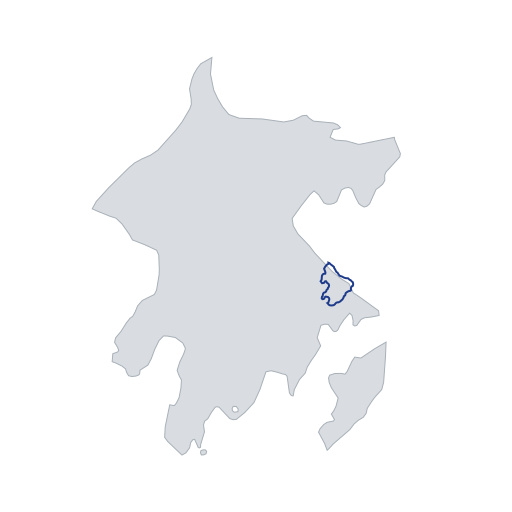 location of Jabrayil District, Cəbrayıl, Azerbaijan, rotated 261°
{"feature_id": "54616110B25171122868047", "entity_name": "Jabrayil District", "entity_type": "district", "adm_level": 2, "iso_a3": "AZE", "parent_name": "Azerbaijan", "parent_adm1": "Cəbrayıl", "projection": "natural_earth1", "projection_center": [46.975, 39.317], "detail": "fine", "context": "in_parent", "style": "outline", "palette": "blue", "viewbox_px": 512, "rotation_deg": 261, "n_neighbors": 0, "source": "geoboundaries", "source_scale": "gbopen_adm2", "svg_char_len": 4836}
<svg xmlns="http://www.w3.org/2000/svg" viewBox="0 0 512 512"><g transform="rotate(261 256 256)"><path d="M351.6,411.2L349.5,411.1L334.6,414.6L331.4,413.5L318.6,397.5L315.9,395.8L310.4,395.0L307.2,392.4L304.5,388.1L303.0,385.0L289.7,376.3L287.8,373.2L287.5,370.4L289.4,367.9L291.6,365.8L298.1,363.6L305.6,361.8L308.0,360.4L309.2,358.1L309.2,354.5L307.9,350.8L297.1,344.2L295.9,341.4L295.5,337.9L296.1,334.3L297.8,331.4L306.6,327.5L311.3,323.5L308.3,319.1L298.8,308.8L287.5,297.6L279.9,297.5L271.3,300.8L257.4,310.4L249.7,314.5L239.7,321.3L228.8,328.8L219.9,336.8L214.3,343.4L204.4,346.3L199.3,351.9L182.7,368.5L178.0,368.3L177.7,360.1L178.0,353.5L176.9,349.8L171.6,344.6L171.5,342.4L172.9,341.0L177.1,341.8L182.4,341.5L184.9,339.5L179.2,332.7L174.2,328.1L169.9,325.1L169.0,323.2L169.0,321.9L169.9,320.4L177.2,316.6L177.9,313.2L177.4,309.3L165.8,303.7L157.1,305.8L149.4,299.4L144.4,294.5L138.2,289.2L132.6,286.3L127.3,279.7L118.0,272.9L112.1,270.9L112.2,269.9L113.3,268.6L115.8,267.6L132.3,267.9L134.3,266.6L135.4,263.7L137.6,259.4L140.3,253.0L140.1,247.7L123.5,239.0L111.5,231.0L103.3,220.6L97.7,211.0L97.9,207.7L99.5,204.7L112.4,195.9L113.3,193.6L113.0,192.0L108.5,187.5L102.7,182.8L100.9,179.4L97.3,177.7L90.4,177.6L78.4,171.8L75.8,171.3L75.3,170.1L75.9,169.0L84.5,166.7L84.4,164.8L81.8,162.2L76.9,160.4L72.5,155.9L71.0,151.7L86.6,139.8L91.2,137.4L101.4,139.6L122.5,147.5L121.0,151.9L123.2,154.4L128.0,157.8L137.3,161.2L145.2,163.0L149.2,161.5L155.3,160.2L163.2,164.1L170.4,169.1L174.0,171.1L176.0,171.8L181.5,170.1L188.1,163.6L190.8,155.9L191.5,152.1L187.6,147.0L179.7,141.4L170.8,136.4L165.1,132.1L161.4,123.6L157.8,122.6L156.8,121.5L156.2,118.6L156.4,114.5L157.7,111.4L161.3,110.0L164.9,109.5L168.2,106.5L172.3,100.7L174.1,97.4L181.9,99.3L182.9,104.5L184.3,105.6L187.5,105.0L192.8,102.8L197.1,104.5L202.6,110.8L210.1,117.4L214.2,121.8L215.8,124.9L219.7,127.9L225.4,131.4L229.9,136.8L233.9,149.6L238.0,152.5L252.7,157.4L257.8,158.4L272.2,160.1L277.2,158.8L284.6,147.8L291.2,136.5L297.4,134.2L308.6,128.7L315.3,123.6L318.1,118.0L324.4,107.5L328.2,101.6L334.9,106.8L346.4,121.1L363.0,144.2L367.0,150.8L369.7,158.4L372.1,167.6L375.9,175.7L392.7,196.3L399.9,203.9L411.8,213.7L416.0,215.9L421.4,216.5L431.5,216.5L440.8,220.4L445.4,223.1L450.2,227.0L454.5,231.5L459.0,243.5L442.8,239.5L426.5,240.2L417.4,242.8L408.5,246.3L400.0,251.3L394.7,261.0L390.4,283.5L384.0,304.5L384.3,314.2L387.3,323.6L387.0,328.0L384.0,329.9L380.2,333.9L375.3,353.2L372.9,357.1L369.6,359.5L368.7,357.2L368.9,352.1L361.7,347.7L358.0,352.7L355.5,363.3L350.3,374.5L350.1,376.7L351.6,411.2ZM110.4,213.0L111.1,210.0L109.1,208.6L107.0,208.5L105.1,210.0L105.1,213.8L107.6,214.5L110.4,213.0ZM56.5,300.7L54.1,297.6L53.0,295.9L60.2,294.4L72.2,290.2L75.4,292.3L78.9,296.5L80.6,300.1L80.9,306.8L82.3,307.9L88.1,305.7L90.7,308.4L95.2,311.6L102.9,314.9L114.2,309.8L119.7,308.5L124.3,308.6L126.8,310.2L127.6,315.4L126.7,321.9L125.4,325.4L127.7,328.0L136.9,334.2L140.7,337.7L138.8,343.6L145.6,358.2L147.9,364.0L150.6,371.0L136.6,368.2L111.3,362.3L104.4,359.3L97.8,351.1L93.9,347.2L88.2,342.1L83.4,340.2L79.9,336.7L77.8,331.5L74.9,326.8L69.7,321.3L58.1,302.6L56.5,300.7ZM72.4,175.7L70.8,176.7L68.5,175.7L67.8,173.4L68.0,170.9L70.3,170.4L72.3,171.1L72.8,173.2L72.4,175.7Z" fill="#d9dde1" stroke="#a8b0b8" stroke-width="1"/><path d="M198.3,319.2L197.9,319.5L197.1,319.9L196.5,320.3L195.9,321.0L195.6,321.7L195.3,323.0L195.3,323.7L195.3,324.9L195.6,325.8L196.2,326.6L196.8,327.2L197.2,327.9L197.4,328.5L197.5,329.3L197.3,330.2L197.6,331.1L198.1,332.4L198.8,333.2L199.4,334.4L200.5,335.4L201.5,336.1L202.5,336.5L202.8,337.2L202.9,337.3L203.2,337.9L204.4,338.4L205.3,338.8L205.8,339.6L206.3,340.6L206.6,341.4L206.9,342.7L206.9,343.8L207.2,344.4L207.6,344.5L208.8,344.6L209.7,344.8L211.1,345.9L211.4,347.0L212.6,347.5L213.7,347.6L215.0,347.5L215.8,346.7L217.4,345.6L217.8,344.8L219.6,343.4L220.0,341.4L220.4,340.5L220.9,339.5L221.9,338.2L222.5,337.3L222.9,336.4L223.5,335.5L224.5,334.9L225.4,334.5L226.8,333.9L227.6,333.0L228.5,332.6L230.5,332.0L231.6,331.4L233.0,331.3L235.0,329.5L236.3,328.2L237.5,327.4L238.0,326.5L237.4,326.5L236.8,326.0L236.5,324.9L235.3,323.5L234.8,322.8L233.9,322.1L232.9,321.3L231.9,321.4L230.4,321.8L228.9,322.0L227.7,321.6L227.8,320.7L227.7,319.6L227.1,318.8L226.2,318.1L224.9,317.7L224.0,317.5L222.3,317.1L221.0,315.9L220.7,316.1L219.9,316.4L218.8,317.0L218.8,318.8L219.1,319.3L220.1,320.1L220.2,321.1L219.4,321.6L218.3,322.0L217.5,322.9L216.6,323.5L215.2,323.5L214.1,323.0L213.2,322.0L212.3,321.8L212.0,321.2L211.2,320.2L210.0,319.7L209.3,318.5L209.2,317.4L208.6,316.6L208.0,316.3L207.1,315.9L206.0,315.6L205.4,314.8L204.0,314.3L203.0,314.8L202.9,315.8L203.3,316.8L204.0,317.1L204.7,317.8L205.0,318.6L204.6,319.6L204.2,320.7L202.9,321.6L202.2,321.6L201.5,321.6L200.0,320.8L198.5,320.0L198.3,319.2Z" fill="none" stroke="#1e3a8a" stroke-width="2"/></g></svg>